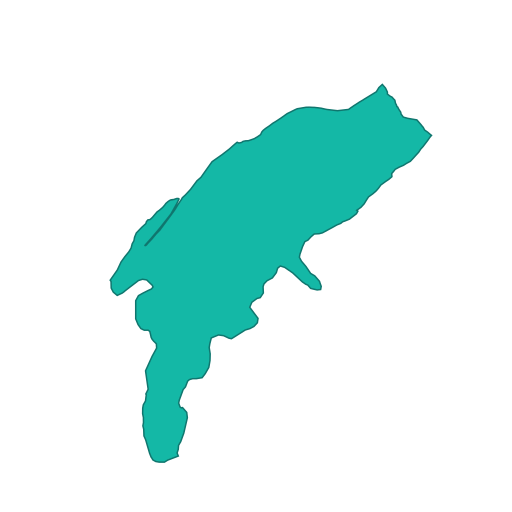 outline of Badrashain, Al Jizah, Egypt, rotated 229°
{"feature_id": "37247803B45225516611894", "entity_name": "Badrashain", "entity_type": "district", "adm_level": 2, "iso_a3": "EGY", "parent_name": "Egypt", "parent_adm1": "Al Jizah", "projection": "mercator", "projection_center": [31.25, 29.824], "detail": "fine", "context": "isolated", "style": "filled", "palette": "teal", "viewbox_px": 512, "rotation_deg": 229, "n_neighbors": 0, "source": "geoboundaries", "source_scale": "gbopen_adm2", "svg_char_len": 4181}
<svg xmlns="http://www.w3.org/2000/svg" viewBox="0 0 512 512"><g transform="rotate(229 256 256)"><path d="M302.6,463.9L302.5,459.3L301.0,454.5L303.4,440.3L303.6,438.8L304.3,435.1L304.9,430.7L305.2,428.8L305.5,426.0L305.6,425.5L305.9,422.0L312.2,412.8L320.0,405.7L321.4,404.6L324.3,402.5L324.6,402.3L327.3,399.9L329.9,397.5L330.3,397.1L330.5,396.8L333.2,394.0L335.1,391.7L335.4,391.4L335.5,391.2L340.1,383.7L340.8,381.4L341.3,379.4L342.1,376.3L343.0,373.0L343.7,365.7L344.5,359.6L345.2,355.6L345.4,351.8L346.0,346.8L346.1,343.8L345.8,341.8L344.6,339.1L344.8,337.4L345.0,335.3L345.4,333.4L345.6,331.9L347.0,328.3L348.0,325.9L349.8,323.6L351.0,321.4L351.2,319.5L352.5,317.2L354.2,316.4L354.3,314.3L354.3,310.7L354.2,306.3L354.7,297.9L354.7,297.2L354.8,296.4L355.5,289.7L356.0,284.7L353.8,275.5L351.6,266.5L351.5,266.4L351.5,260.8L349.2,250.2L348.4,242.8L348.3,238.6L347.6,236.9L346.9,234.1L346.8,233.9L346.1,231.2L344.3,225.6L343.5,222.3L342.4,217.5L340.1,207.0L338.6,200.3L338.2,195.0L337.1,188.4L336.6,182.8L336.3,181.2L336.2,180.5L336.2,180.3L336.3,180.0L336.3,179.6L336.4,179.4L336.5,179.3L336.7,179.1L336.8,179.1L336.9,179.3L337.0,179.8L338.1,188.4L340.1,201.4L343.5,219.3L347.5,230.5L349.5,235.3L350.2,235.2L351.3,234.1L352.4,231.5L352.4,231.4L352.4,231.2L352.9,230.6L353.5,229.7L353.5,229.4L354.1,228.9L354.6,227.2L354.8,225.3L354.8,222.5L354.3,220.4L353.9,217.4L353.9,213.1L354.2,210.3L353.1,203.2L353.0,200.0L354.2,198.0L353.8,195.8L352.7,194.1L352.6,188.6L351.9,180.8L349.8,176.6L347.6,173.9L346.4,170.5L343.9,166.9L342.6,162.8L341.5,156.5L340.0,150.2L336.4,142.1L333.4,130.1L331.9,129.9L326.8,125.7L325.7,125.4L324.4,125.1L322.3,124.6L317.3,125.4L316.8,127.2L315.8,130.6L315.6,132.7L315.6,134.5L315.3,139.9L314.8,147.7L314.6,151.2L312.9,155.1L309.7,157.8L302.9,158.4L302.1,158.5L300.2,158.0L299.7,155.5L300.7,152.1L302.2,146.2L303.2,141.3L301.2,135.9L294.4,130.0L287.5,124.0L281.6,122.0L276.7,121.5L273.3,123.0L270.8,125.9L268.8,126.4L265.9,124.9L263.4,123.5L261.5,123.0L259.0,122.9L255.1,123.2L251.7,120.6L248.4,111.7L241.8,97.3L226.2,87.2L224.1,82.3L223.3,82.2L219.1,77.5L217.6,73.3L215.5,70.7L211.4,67.0L207.7,64.9L207.2,64.4L204.1,61.8L202.0,59.2L198.9,57.6L193.7,53.4L190.1,52.3L189.1,51.9L183.7,49.4L177.6,46.6L177.0,46.3L173.0,44.9L171.7,44.8L169.8,44.4L166.7,45.5L164.1,47.6L160.5,51.7L159.9,55.4L156.0,66.1L159.1,67.2L161.1,70.5L163.9,73.3L165.3,77.4L169.7,85.3L179.0,98.1L183.4,101.1L187.3,101.1L189.8,101.1L190.3,100.1L191.8,99.6L194.4,100.6L195.7,101.1L197.6,103.6L203.0,113.4L203.5,116.9L205.8,121.2L206.4,122.3L206.4,124.7L205.0,127.7L202.5,130.6L201.0,133.1L199.5,135.5L200.5,140.4L202.9,147.3L207.3,152.7L212.2,157.2L217.6,160.6L220.1,163.6L223.5,168.5L222.5,171.5L221.0,175.9L217.1,179.3L211.7,181.7L209.7,183.2L209.2,186.2L207.2,199.4L205.2,203.8L204.2,208.2L204.7,213.2L207.6,216.6L214.5,217.1L221.4,217.6L223.8,222.5L223.3,228.9L221.8,231.9L223.3,237.3L228.2,241.2L229.7,243.7L230.1,248.1L228.7,254.0L230.1,260.4L232.6,264.3L232.5,267.8L228.6,270.2L219.3,272.6L206.0,274.0L202.1,275.0L200.1,276.0L197.7,276.0L195.7,276.0L194.4,276.9L192.3,278.4L190.3,279.9L188.3,282.8L190.3,285.3L194.4,286.9L195.2,287.3L202.5,287.3L207.0,285.8L215.3,286.8L222.2,286.9L226.6,287.9L228.5,290.3L230.5,293.8L232.5,297.2L234.8,302.3L233.9,305.6L234.4,310.0L234.4,314.4L231.4,318.3L229.9,321.3L227.4,332.5L226.4,337.4L225.0,341.4L225.0,343.8L224.0,346.3L222.5,350.7L222.0,359.5L223.0,362.3L224.4,362.0L223.9,367.1L224.4,371.8L225.8,376.2L226.8,379.7L226.3,385.1L226.3,389.5L226.8,392.9L227.7,396.8L227.2,402.7L226.7,406.6L226.7,410.6L229.2,412.5L229.6,415.5L230.1,417.9L229.1,422.4L227.7,426.8L227.2,430.2L226.2,434.6L226.6,438.5L227.1,442.5L227.4,445.3L227.6,446.9L228.6,450.3L229.0,453.8L230.5,461.1L231.5,465.0L231.9,467.6L232.8,467.4L234.7,467.1L236.8,466.8L237.6,466.6L240.4,465.9L243.4,466.6L245.3,466.6L246.7,466.7L250.5,466.7L251.5,466.7L253.2,466.7L256.6,463.9L260.4,460.8L264.2,458.3L267.9,458.6L269.7,459.6L272.2,459.9L273.8,460.2L275.5,460.7L276.4,460.3L277.6,461.0L279.8,461.5L282.5,463.0L284.3,462.9L286.7,462.9L288.3,462.2L289.5,461.9L292.0,461.4L293.5,462.7L297.7,463.9L302.5,463.9L302.6,463.9Z" fill="#14b8a6" stroke="#0f766e" stroke-width="1.5"/></g></svg>